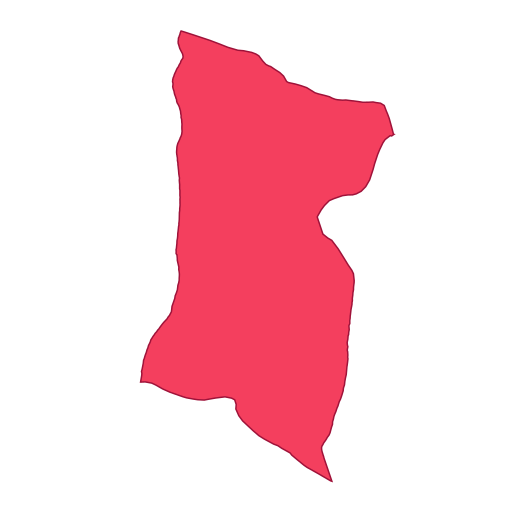 outline of Diourbel, Diourbel, Senegal, rotated 193°
{"feature_id": "50182788B22549322426328", "entity_name": "Diourbel", "entity_type": "district", "adm_level": 2, "iso_a3": "SEN", "parent_name": "Senegal", "parent_adm1": "Diourbel", "projection": "natural_earth1", "projection_center": [-16.194, 14.782], "detail": "fine", "context": "isolated", "style": "filled", "palette": "rose", "viewbox_px": 512, "rotation_deg": 193, "n_neighbors": 0, "source": "geoboundaries", "source_scale": "gbopen_adm2", "svg_char_len": 4902}
<svg xmlns="http://www.w3.org/2000/svg" viewBox="0 0 512 512"><g transform="rotate(193 256 256)"><path d="M149.0,405.5L149.4,405.5L152.1,410.7L154.8,415.7L157.2,420.1L159.9,424.2L161.6,426.5L164.9,431.5L169.0,432.9L173.5,432.5L176.6,432.4L181.1,431.1L186.6,429.8L191.1,429.5L196.3,429.0L196.6,428.9L196.8,428.9L203.6,428.2L206.7,427.3L211.7,426.6L213.9,426.5L217.1,426.9L220.3,427.7L224.9,427.9L231.4,428.0L235.2,428.3L244.3,431.4L244.9,431.5L250.5,432.1L256.5,432.4L263.5,432.3L265.4,432.9L269.6,437.5L274.1,440.1L279.2,441.9L284.3,443.9L286.4,444.1L289.5,444.9L293.2,447.4L298.3,451.7L301.3,452.7L301.6,452.8L306.0,453.4L314.3,453.2L320.0,452.4L330.3,453.0L338.9,454.3L340.3,454.5L349.2,455.7L356.5,456.4L364.0,457.1L367.2,457.4L369.6,457.6L376.6,458.2L379.6,458.4L379.8,457.7L380.0,456.3L380.0,454.8L380.2,453.7L380.3,452.2L380.6,451.0L380.3,449.1L380.1,447.3L379.6,445.6L378.6,444.0L377.6,442.2L377.1,441.3L375.6,439.4L374.2,437.8L373.1,436.5L372.5,435.3L371.9,433.9L371.8,432.2L372.5,430.5L373.0,429.0L373.1,427.2L373.8,425.2L374.3,422.7L375.0,421.2L375.4,419.5L375.7,417.8L376.1,416.0L376.4,414.3L376.5,412.6L376.8,411.0L376.8,409.7L376.8,409.0L376.5,406.9L375.8,405.8L375.4,404.0L375.3,402.4L374.6,400.8L373.8,399.4L372.9,398.0L372.3,396.5L371.6,395.1L370.1,392.9L369.6,391.9L368.7,390.7L368.0,388.7L367.1,387.3L365.9,386.1L364.3,384.1L363.2,382.0L362.2,380.3L361.3,377.7L360.5,375.9L360.2,374.2L359.2,372.4L358.4,369.6L357.8,367.9L357.3,365.2L356.9,363.5L356.1,360.8L355.8,358.1L355.9,356.5L356.0,355.7L356.4,354.1L356.5,352.9L357.0,350.4L357.5,348.2L357.6,346.4L357.6,344.9L357.5,343.9L357.2,342.1L357.0,340.6L356.7,339.1L356.0,337.0L355.6,336.2L355.3,335.3L354.7,334.0L354.3,332.5L354.1,331.5L353.0,329.0L352.6,327.3L352.0,325.7L351.3,323.6L350.8,322.2L350.3,320.6L349.7,318.7L349.0,316.9L348.9,316.6L348.1,314.8L347.8,312.6L347.0,310.0L346.5,308.6L346.1,306.8L345.5,304.2L344.9,302.9L344.3,300.3L343.8,298.0L343.1,296.0L342.9,294.3L342.4,292.4L342.1,291.1L342.0,290.5L341.8,289.9L341.5,288.7L341.2,286.8L341.0,285.0L340.6,283.3L340.4,281.0L340.0,279.2L339.3,275.8L339.0,274.4L338.7,272.5L338.5,270.4L338.1,268.9L338.1,267.4L337.8,265.1L337.5,262.6L337.3,260.4L336.8,257.9L336.5,255.5L336.4,253.0L335.9,250.5L335.6,247.9L335.3,245.7L335.3,244.1L334.8,242.4L334.4,240.4L333.3,239.2L333.2,239.2L333.1,238.8L332.7,237.6L332.2,236.1L331.7,234.1L330.9,232.4L329.7,229.9L328.7,227.9L328.2,225.4L327.3,223.3L326.6,221.2L326.2,219.3L325.8,216.9L325.4,215.1L325.3,212.6L325.5,210.0L325.3,208.2L325.0,205.3L325.3,202.1L325.8,199.0L325.6,196.3L325.9,193.7L326.2,190.8L326.5,188.1L326.1,184.8L325.9,182.5L326.5,180.4L326.9,178.7L327.8,177.0L328.5,174.8L329.6,172.9L330.9,170.7L331.9,168.7L332.8,166.7L333.7,164.6L334.2,163.2L335.1,161.7L335.8,159.8L336.9,157.9L337.3,156.6L337.7,155.7L338.2,154.6L338.9,152.5L339.6,150.6L339.7,148.6L340.1,146.6L340.6,144.7L340.7,142.1L341.1,140.0L341.2,137.3L341.5,135.2L341.6,134.4L341.7,133.1L341.8,130.9L342.1,129.2L341.7,125.9L341.6,122.8L341.5,119.9L341.6,117.7L340.8,115.9L340.5,113.9L340.4,112.4L340.1,107.2L335.6,108.4L329.0,108.7L324.8,107.8L318.1,105.8L316.7,105.4L309.0,103.9L295.4,102.4L291.8,102.2L285.2,102.5L281.2,102.8L280.3,102.9L274.0,104.0L270.2,105.7L263.3,108.6L254.5,111.8L247.8,112.0L244.4,111.1L241.9,106.9L241.2,102.4L236.8,96.5L231.9,92.3L227.6,89.8L219.3,85.0L212.8,81.6L207.0,79.6L204.9,79.0L196.5,76.7L192.0,76.1L187.6,74.4L178.5,71.8L176.3,70.0L170.2,66.9L162.1,62.9L158.6,61.5L146.9,58.1L139.5,55.8L132.7,53.7L131.4,53.6L144.3,74.4L145.1,76.0L146.1,77.6L147.0,79.2L147.8,80.6L148.5,82.2L149.0,83.9L149.0,85.5L148.4,87.3L148.0,89.1L147.0,91.4L146.3,93.3L145.7,95.4L144.6,97.8L144.1,100.4L144.0,104.0L143.9,106.4L143.6,109.2L144.1,111.7L143.9,114.4L144.0,117.1L143.7,119.7L143.2,122.3L143.0,125.0L142.7,127.2L142.6,127.3L142.4,128.6L142.3,130.5L142.1,132.9L141.5,135.4L141.2,138.0L141.0,140.3L140.8,143.7L140.7,144.3L140.8,144.5L141.1,147.1L140.8,150.3L141.2,153.6L141.4,157.2L141.4,158.1L141.4,160.7L141.8,163.6L142.2,166.4L142.5,168.5L142.6,170.2L142.9,173.2L143.3,176.5L143.9,178.0L144.2,180.0L145.2,183.5L145.7,184.2L146.0,185.6L146.1,188.3L146.9,189.8L147.7,192.2L147.8,195.5L148.3,198.8L148.1,200.3L148.5,202.6L148.6,205.2L149.8,209.0L149.4,211.3L150.1,214.2L150.3,216.5L150.6,218.2L150.7,218.7L150.8,220.1L151.1,222.7L151.4,225.4L151.5,228.3L151.6,230.4L152.0,232.5L152.0,234.0L152.6,236.4L152.9,239.7L153.3,242.0L153.4,245.0L153.9,247.3L154.1,248.8L154.4,251.9L154.8,254.1L157.1,260.7L159.4,263.6L164.3,268.1L170.1,274.0L177.5,281.4L185.7,288.3L190.2,289.7L195.9,292.5L196.0,292.9L196.3,293.3L204.9,307.4L205.1,308.2L202.9,315.5L201.3,319.2L200.6,320.7L197.0,326.5L192.9,329.5L185.2,334.3L180.1,336.2L175.7,337.3L172.3,339.1L168.1,342.7L164.7,348.2L162.4,355.7L161.4,366.7L161.2,372.4L160.3,382.3L159.4,387.7L157.8,394.8L156.4,398.5L152.4,403.4L150.8,403.5L149.0,405.5Z" fill="#f43f5e" stroke="#9f1239" stroke-width="1.5"/></g></svg>